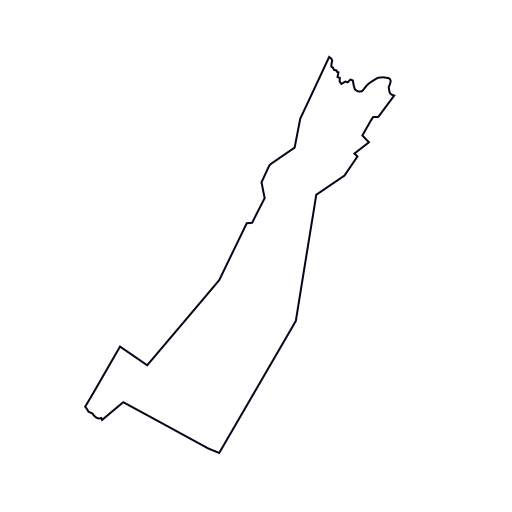 Jurema, Piauí, Brazil, rotated 211°
{"feature_id": "56859067B6948842006318", "entity_name": "Jurema", "entity_type": "district", "adm_level": 2, "iso_a3": "BRA", "parent_name": "Brazil", "parent_adm1": "Piauí", "projection": "natural_earth1", "projection_center": [-43.132, -9.058], "detail": "fine", "context": "isolated", "style": "outline", "palette": "ink", "viewbox_px": 512, "rotation_deg": 211, "n_neighbors": 0, "source": "geoboundaries", "source_scale": "gbopen_adm2", "svg_char_len": 1288}
<svg xmlns="http://www.w3.org/2000/svg" viewBox="0 0 512 512"><g transform="rotate(211 256 256)"><path d="M280.8,279.3L279.0,259.4L278.2,250.5L275.1,216.4L281.5,176.7L293.0,106.3L325.9,108.3L324.9,54.2L324.8,38.9L323.0,38.1L321.5,37.5L319.3,36.2L316.8,36.6L314.9,36.7L313.1,35.9L311.2,35.4L309.1,35.2L306.7,35.9L305.2,37.4L303.5,36.2L294.5,62.3L274.0,63.2L260.8,63.8L198.0,66.4L186.1,68.2L188.4,220.8L208.9,272.0L215.6,288.8L217.1,292.5L226.7,316.6L231.0,327.4L235.9,339.5L222.7,368.1L221.6,370.4L220.3,393.6L224.4,394.5L217.8,411.6L226.9,414.1L227.3,430.8L227.2,435.4L222.8,438.2L220.2,464.7L222.4,464.2L224.6,464.4L226.1,465.4L229.1,468.9L229.7,472.2L230.6,475.3L232.1,476.5L233.8,476.8L238.8,474.8L242.4,472.3L243.8,470.8L247.1,464.3L248.5,460.9L249.0,458.7L249.6,453.6L250.1,451.7L252.2,450.1L254.5,449.5L257.1,449.8L260.0,452.4L263.4,456.3L265.9,455.9L266.9,452.0L269.2,451.6L271.4,447.5L274.2,448.6L275.8,451.8L278.3,451.4L279.9,455.9L281.5,455.6L282.7,456.5L285.0,455.7L287.0,457.1L288.7,457.0L290.1,459.1L290.6,460.7L291.3,462.7L292.9,463.9L295.8,464.3L291.5,422.9L288.8,396.5L279.8,371.8L278.7,368.8L290.0,344.1L291.1,341.3L291.0,338.2L289.2,321.9L287.8,320.5L283.1,315.2L278.4,310.1L277.2,292.5L276.4,282.5L280.8,279.3Z" fill="none" stroke="#020617" stroke-width="2"/></g></svg>